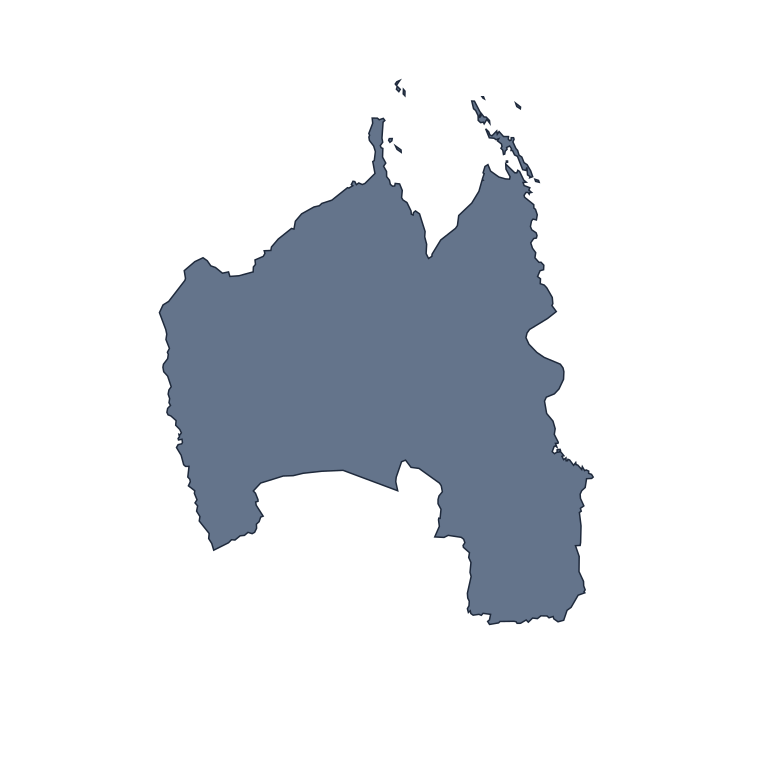 Ao Luek, Krabi, Thailand, rotated 161°
{"feature_id": "78962969B54777225393770", "entity_name": "Ao Luek", "entity_type": "district", "adm_level": 2, "iso_a3": "THA", "parent_name": "Thailand", "parent_adm1": "Krabi", "projection": "robinson", "projection_center": [98.715, 8.383], "detail": "fine", "context": "isolated", "style": "filled", "palette": "slate", "viewbox_px": 768, "rotation_deg": 161, "n_neighbors": 0, "source": "geoboundaries", "source_scale": "gbopen_adm2", "svg_char_len": 6182}
<svg xmlns="http://www.w3.org/2000/svg" viewBox="0 0 768 768"><g transform="rotate(161 384 384)"><path d="M599.1,282.3L582.7,284.5L578.9,286.4L575.7,285.0L569.4,287.3L565.2,286.3L560.9,288.0L557.4,285.4L554.6,285.9L551.4,289.1L550.3,293.0L546.9,294.5L543.9,298.3L541.3,298.4L544.3,310.9L543.8,314.2L541.3,314.1L540.8,315.7L541.1,322.6L542.4,325.4L532.9,330.5L509.2,329.8L499.7,326.9L489.4,325.9L471.0,321.7L450.8,315.7L405.8,278.6L404.7,287.8L402.8,291.9L392.7,304.8L388.4,305.0L385.6,296.4L378.4,292.8L363.8,272.2L363.0,269.2L363.9,263.1L368.4,260.3L370.5,257.2L371.9,253.2L370.9,247.0L374.7,238.7L375.9,239.3L376.7,237.8L378.0,231.4L385.8,222.9L377.2,219.4L372.6,220.0L360.9,213.9L359.2,211.3L359.2,207.6L361.8,205.6L362.1,203.7L358.1,196.7L360.4,192.4L359.9,186.9L364.0,177.9L364.3,173.6L373.3,159.0L374.5,154.4L374.1,150.9L375.8,146.7L378.3,144.4L378.6,140.5L376.3,141.5L376.6,138.7L375.0,136.4L369.2,135.3L367.3,133.6L365.0,134.9L358.2,131.5L361.1,126.6L363.3,125.8L362.5,122.3L353.4,120.8L351.7,121.7L338.3,117.3L336.5,116.2L336.1,114.4L332.8,113.3L326.4,114.6L325.1,111.8L319.7,114.3L315.3,112.2L311.1,113.7L305.4,111.6L304.1,109.2L299.8,109.1L299.9,106.7L296.9,102.5L291.0,102.1L284.6,110.4L279.8,111.9L269.2,121.1L262.1,121.2L262.5,122.5L260.8,123.9L260.9,128.1L259.6,132.4L260.7,143.1L255.6,157.4L255.6,168.8L251.1,167.5L249.7,170.1L243.9,185.7L241.1,198.9L238.9,199.5L238.8,202.5L234.7,203.7L235.5,211.8L234.4,216.0L231.7,218.8L227.5,220.6L223.3,228.5L218.4,227.1L216.5,227.9L217.2,231.0L219.6,232.9L218.8,235.0L220.8,236.9L222.5,236.8L223.4,241.3L224.9,238.8L227.2,244.3L228.6,245.2L228.3,247.3L231.2,245.4L233.2,251.7L234.6,252.9L235.5,251.7L236.8,252.1L236.0,254.9L238.8,254.0L239.3,257.7L237.3,257.6L239.0,262.4L240.7,262.7L238.8,263.5L238.8,264.9L241.8,265.4L242.4,263.3L245.5,262.6L247.0,265.2L243.5,269.5L242.2,269.7L241.1,268.1L241.2,272.0L238.8,271.3L238.2,272.2L239.4,280.9L236.7,286.0L236.3,293.9L239.8,303.2L237.8,315.6L234.8,318.7L226.1,319.2L220.2,322.3L212.7,330.0L209.9,337.1L209.5,340.9L210.8,345.3L223.9,357.0L229.2,364.1L234.0,374.4L234.7,381.6L232.2,385.6L228.6,388.2L208.0,392.7L197.5,396.4L199.7,403.5L198.2,405.0L196.7,411.1L198.8,422.0L200.3,425.4L203.6,428.0L201.8,432.5L203.8,435.6L199.6,440.3L195.9,440.1L194.2,444.3L195.9,448.0L197.9,448.6L200.2,454.2L197.8,458.8L199.4,464.0L199.3,469.7L195.1,472.8L192.4,472.4L191.0,474.5L190.9,477.4L194.1,481.7L194.3,485.2L191.4,490.2L189.4,491.4L186.5,489.5L184.0,494.1L183.9,499.8L185.0,501.6L184.0,504.8L190.3,514.8L190.1,516.8L187.4,518.9L185.5,518.3L184.9,516.2L184.0,517.4L182.1,517.1L183.9,520.2L182.2,522.1L186.9,526.0L186.9,529.3L183.8,528.5L185.5,531.3L186.6,540.8L187.9,542.5L189.7,540.4L191.6,541.1L197.3,552.3L198.7,547.4L197.3,538.9L198.6,536.8L202.4,538.4L208.0,542.3L213.9,550.6L214.3,557.6L217.7,556.8L221.6,551.4L220.8,550.3L224.5,545.5L223.9,544.4L225.2,544.4L231.5,535.3L242.1,526.5L258.5,519.0L263.0,509.9L265.7,507.9L283.5,501.7L296.3,491.1L297.2,489.1L301.0,488.2L301.7,493.6L298.2,502.2L297.6,509.9L295.5,514.8L295.0,533.3L297.9,537.4L300.3,536.5L301.5,534.3L302.9,535.7L302.1,538.8L303.2,548.0L306.2,551.9L306.7,554.5L303.7,561.1L304.1,568.1L308.1,570.0L309.4,567.8L311.5,568.2L313.0,570.7L312.5,574.9L314.0,579.2L312.4,584.1L313.5,590.0L310.4,592.3L311.5,599.0L308.4,607.1L309.8,608.4L309.9,610.6L306.5,613.0L305.9,617.1L299.6,631.9L297.4,632.9L298.2,635.4L302.5,635.4L303.7,637.5L308.6,639.3L309.8,634.2L316.8,625.8L316.6,623.9L317.9,622.4L318.5,619.0L316.3,612.4L316.5,606.5L320.5,598.4L322.2,598.0L324.0,586.0L336.8,579.8L339.6,579.7L342.4,582.3L345.2,581.5L345.7,584.9L347.3,585.8L350.0,583.2L349.0,581.6L353.4,580.7L354.6,581.5L373.5,574.8L384.0,575.0L387.1,573.6L392.6,574.2L406.5,571.7L414.8,566.8L418.7,559.8L420.8,561.2L436.8,555.5L445.8,550.2L447.5,547.1L453.9,549.0L454.1,546.2L456.6,544.0L465.6,543.3L466.6,538.9L469.4,537.2L471.2,532.6L486.1,533.6L494.7,535.9L494.5,540.6L500.7,541.4L505.4,549.0L509.3,552.1L511.0,558.1L514.0,562.3L523.0,561.3L536.0,556.2L537.3,548.5L538.5,546.8L560.7,532.2L567.2,530.7L573.1,524.6L572.6,506.5L573.2,501.8L575.7,497.0L575.3,487.5L578.5,484.5L578.3,482.3L580.3,478.4L586.1,474.5L587.6,471.8L588.3,467.3L586.0,461.9L586.1,450.7L589.3,448.4L591.4,444.7L591.4,440.0L593.4,436.3L592.8,433.3L596.5,431.4L598.5,427.9L598.2,425.1L596.0,423.3L592.5,417.1L594.4,412.8L591.9,407.5L591.5,403.8L593.4,402.4L594.3,403.2L594.6,400.7L596.4,399.6L596.5,398.0L593.0,397.5L593.6,394.3L594.8,393.3L598.4,393.7L600.9,391.5L599.0,382.7L599.7,372.9L598.5,370.7L595.2,369.6L599.8,359.9L598.6,357.1L599.0,354.6L602.1,351.4L597.7,344.7L598.9,342.3L598.5,335.4L601.4,333.1L599.9,329.4L602.6,324.8L601.2,318.6L603.3,314.6L598.0,299.6L600.1,294.9L598.8,289.3L599.1,282.3ZM179.1,531.6L175.9,531.6L175.9,537.8L177.3,544.8L179.5,547.7L179.8,553.7L181.8,556.4L181.6,561.3L182.6,563.7L183.3,570.9L181.3,573.1L181.3,574.7L183.5,575.5L184.5,573.2L185.9,573.2L186.8,575.0L185.7,577.4L190.4,579.1L193.0,585.2L195.6,583.3L195.0,586.6L201.1,583.5L202.8,585.1L202.9,588.4L204.8,592.2L204.3,582.5L199.9,580.5L198.5,578.5L195.6,578.6L197.5,576.9L194.8,572.7L195.1,570.2L196.7,568.8L195.6,566.4L196.3,562.1L195.0,562.1L193.6,564.7L191.2,565.9L191.1,567.7L187.7,568.1L186.9,565.2L187.9,563.4L186.5,562.9L186.0,558.1L183.7,555.8L183.1,541.5L180.2,539.7L178.4,542.3L180.2,535.0L178.4,532.6L179.1,531.6ZM200.6,600.7L199.1,596.0L198.5,598.8L200.5,603.1L202.5,604.0L204.7,610.4L206.4,622.0L208.9,623.0L209.7,615.1L208.3,612.8L207.6,606.6L206.5,606.2L205.2,607.7L204.9,606.1L206.6,604.9L208.0,606.1L209.1,602.6L207.6,599.7L204.8,599.2L204.6,597.4L200.6,600.7ZM295.7,605.5L295.3,601.6L292.3,597.5L291.7,599.8L295.7,605.5ZM168.1,606.7L168.1,603.1L165.5,599.8L164.7,601.4L168.1,606.7ZM274.5,661.0L276.3,658.7L274.8,655.6L272.7,657.3L274.5,661.0ZM174.7,526.2L171.6,524.2L171.6,526.2L174.7,528.5L174.7,526.2ZM300.3,612.9L299.7,610.6L297.4,611.4L296.3,613.4L299.1,614.3L300.3,612.9ZM273.5,665.6L275.7,664.0L275.1,662.3L270.2,665.9L273.5,665.6ZM269.7,656.3L271.4,652.0L270.4,649.8L268.8,654.1L269.7,656.3ZM197.8,623.7L197.3,622.0L196.3,620.9L196.4,623.2L197.8,623.7ZM195.7,555.0L196.2,553.6L194.9,553.5L194.6,554.6L195.7,555.0Z" fill="#64748b" stroke="#1e293b" stroke-width="1.5"/></g></svg>